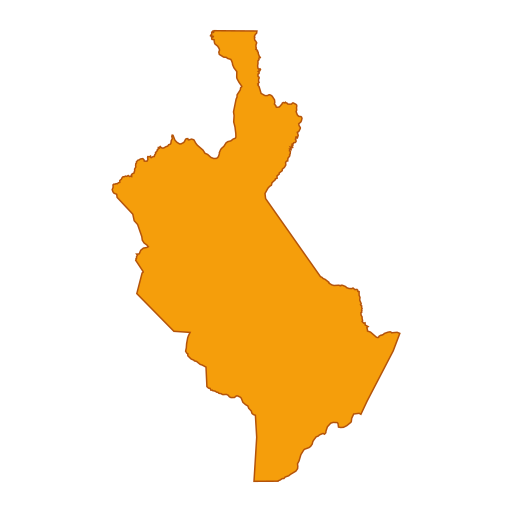 Chibabava, Sofala, Mozambique (Robinson projection)
{"feature_id": "85939544B25886081823580", "entity_name": "Chibabava", "entity_type": "district", "adm_level": 2, "iso_a3": "MOZ", "parent_name": "Mozambique", "parent_adm1": "Sofala", "projection": "robinson", "projection_center": [33.963, -20.299], "detail": "fine", "context": "isolated", "style": "filled", "palette": "amber", "viewbox_px": 512, "rotation_deg": 0, "n_neighbors": 0, "source": "geoboundaries", "source_scale": "gbopen_adm2", "svg_char_len": 6030}
<svg xmlns="http://www.w3.org/2000/svg" viewBox="0 0 512 512"><path d="M256.9,31.0L213.9,30.7L213.6,31.1L213.8,31.8L213.5,32.4L212.9,32.2L212.5,31.4L211.7,32.3L211.7,34.2L210.5,35.5L210.5,35.9L211.2,36.2L212.0,36.0L213.3,36.4L213.1,36.9L211.6,37.6L211.8,39.1L212.0,39.4L214.0,39.7L214.5,42.9L215.0,44.0L217.7,46.2L219.3,48.9L219.5,50.3L218.8,52.1L219.3,54.4L223.6,57.1L226.4,57.4L227.5,58.4L230.8,59.4L231.7,61.1L232.4,63.1L232.6,64.7L234.0,67.9L236.8,71.6L236.7,77.2L237.0,78.6L239.0,82.3L241.8,86.3L241.6,86.9L240.6,87.8L240.3,89.9L237.1,94.8L237.0,97.1L236.1,99.1L233.5,111.9L234.1,115.6L233.7,121.9L235.0,127.1L235.8,133.6L235.9,137.1L235.4,138.2L233.1,139.1L230.8,140.9L227.9,141.6L226.1,142.8L223.9,146.3L221.4,148.5L220.6,149.7L219.3,152.7L219.4,153.7L218.4,156.5L217.6,157.6L216.4,158.4L213.7,158.5L210.9,157.4L207.6,154.4L205.0,153.3L203.0,150.1L197.3,145.2L195.7,143.1L194.0,140.0L193.5,139.7L191.6,139.1L188.8,139.9L188.3,139.8L187.8,138.6L186.5,138.7L185.6,139.2L184.4,141.7L183.5,142.6L181.0,143.9L179.5,143.9L176.8,142.2L174.9,140.1L173.0,135.3L172.2,135.1L171.8,136.3L172.3,138.7L171.3,140.5L170.8,143.6L170.3,144.2L168.7,144.7L167.6,146.2L166.1,146.6L163.7,148.0L162.2,148.1L160.5,147.0L160.3,146.5L160.0,146.6L159.6,148.2L158.9,148.3L158.7,147.5L158.3,147.5L158.2,149.1L157.2,150.0L157.4,150.4L157.2,150.8L155.5,152.6L155.7,153.6L154.8,154.7L154.3,156.5L153.4,156.5L151.1,157.7L150.8,157.5L150.5,156.1L149.5,156.7L147.8,156.6L147.6,157.7L147.9,159.5L147.0,161.2L144.3,161.1L144.0,159.8L142.8,158.6L140.4,159.0L138.9,160.0L137.9,160.2L136.4,161.9L136.5,163.0L135.8,163.7L135.6,165.8L135.8,167.0L134.6,169.1L134.7,170.9L134.3,171.5L134.1,172.9L132.3,173.8L131.5,174.6L131.4,175.2L131.8,175.9L131.7,176.6L130.5,176.2L129.5,176.5L128.2,175.5L126.8,176.4L125.5,176.1L124.1,176.8L123.1,176.7L122.2,177.5L121.3,179.3L119.8,180.5L119.8,182.4L118.3,182.8L117.4,183.7L115.9,183.7L115.1,184.2L113.9,184.1L113.0,184.9L113.1,187.3L112.2,189.7L113.0,191.9L114.0,193.2L116.7,194.3L117.1,197.4L132.8,214.2L134.2,220.7L137.6,224.5L141.8,236.6L142.3,240.2L144.1,243.0L146.9,245.0L148.3,246.7L146.8,247.5L143.4,248.1L140.7,250.3L139.3,253.7L138.6,254.0L136.6,254.1L137.4,255.1L136.5,256.8L136.6,258.1L136.0,258.6L136.1,259.3L135.7,260.3L143.1,271.5L143.2,272.1L142.1,273.0L136.8,293.6L173.9,331.3L190.1,332.4L188.4,335.8L187.7,337.8L186.6,343.7L186.3,347.9L185.6,351.2L186.7,353.1L187.9,353.9L187.7,354.9L188.0,356.0L191.1,359.0L193.9,360.2L194.4,360.9L196.5,361.4L200.2,364.4L202.1,365.0L206.0,367.1L206.9,386.6L208.5,388.1L210.1,388.4L210.8,390.1L212.4,390.2L212.6,390.6L215.2,391.2L216.7,392.2L218.1,392.4L218.9,393.3L221.3,393.7L222.2,394.4L223.1,394.6L226.4,394.4L228.1,395.2L229.4,396.8L231.0,397.6L234.4,397.5L236.4,395.9L237.6,395.9L240.5,397.3L241.3,398.3L242.9,402.3L245.5,404.6L247.9,406.0L248.7,408.3L251.2,410.9L251.9,413.2L252.3,413.7L253.5,414.6L255.4,415.3L256.7,437.3L254.0,481.3L278.1,481.2L278.3,480.7L280.0,480.1L282.2,478.6L283.9,478.5L285.2,477.0L288.7,475.8L290.4,474.4L295.9,471.1L297.6,468.6L297.8,466.3L297.5,463.8L299.0,461.0L300.9,454.6L303.6,450.2L304.4,449.3L309.0,447.6L310.6,446.4L312.2,444.1L312.8,441.6L313.9,439.8L316.2,436.8L318.2,436.1L319.5,434.9L322.5,433.6L323.4,433.5L324.3,434.2L324.9,433.8L325.8,432.7L326.0,431.0L327.4,426.8L330.7,423.2L333.2,422.4L337.3,422.6L338.0,423.5L338.5,427.1L340.7,427.5L343.5,427.3L346.7,425.7L350.9,422.3L351.3,421.6L351.7,418.3L353.7,414.0L359.1,413.3L360.9,414.3L367.2,400.9L393.2,350.9L399.8,333.4L397.1,332.3L391.6,332.8L391.1,332.2L390.2,331.8L387.9,332.2L384.2,333.5L383.5,334.4L382.0,334.9L381.8,335.3L380.8,335.2L379.0,336.3L378.6,337.3L378.0,337.6L376.5,337.3L370.5,332.1L367.5,331.0L367.3,329.0L366.8,327.8L367.0,327.4L368.1,326.6L365.2,325.0L365.0,322.8L363.8,323.2L362.1,321.5L362.6,320.6L362.1,318.4L362.1,316.9L361.1,315.2L360.9,312.8L361.8,312.1L361.5,310.9L361.9,310.5L361.6,309.5L362.1,308.5L361.6,307.5L361.7,305.9L361.0,305.5L360.5,304.6L361.2,303.9L361.1,303.4L359.7,300.1L360.0,297.4L359.1,295.3L359.1,291.6L357.9,291.4L357.7,290.2L356.9,289.4L354.9,289.6L353.0,288.0L351.8,288.6L349.0,288.5L346.5,287.6L345.7,286.6L342.5,285.3L341.1,285.2L340.8,285.8L340.1,285.8L339.0,285.2L334.0,285.5L331.8,284.9L329.2,283.3L328.7,282.7L328.9,282.3L325.2,279.4L323.1,278.5L321.9,277.3L320.5,276.7L265.6,198.6L265.0,193.5L268.0,188.1L269.7,186.3L271.4,185.2L272.0,182.7L275.2,179.8L275.4,178.8L277.1,178.3L277.0,175.9L279.2,174.1L279.2,173.0L282.2,170.7L282.3,169.2L284.4,167.4L285.8,165.0L285.6,162.4L286.7,161.0L287.7,161.0L287.9,158.3L289.6,156.1L289.8,155.5L289.6,154.5L290.2,153.9L290.4,151.4L289.5,150.8L290.1,149.9L289.5,149.0L290.3,148.7L291.1,149.3L291.0,148.4L290.4,147.3L291.5,147.8L292.7,147.5L292.6,147.0L291.4,146.7L291.5,146.0L292.8,145.3L292.0,144.2L292.8,143.8L293.1,144.0L293.8,142.7L295.2,142.5L296.0,141.6L296.1,140.9L295.4,139.2L296.0,138.8L295.8,137.1L296.4,136.9L297.4,137.8L298.2,135.3L297.3,132.3L298.7,131.6L300.3,128.5L300.3,127.5L299.1,125.7L298.7,123.8L300.8,122.0L301.4,120.8L302.0,118.4L301.6,117.2L301.0,116.6L298.7,116.3L297.3,114.8L296.1,111.6L296.7,110.1L296.5,107.7L296.8,105.9L296.6,105.0L295.9,104.3L293.2,102.9L292.5,103.0L291.5,104.1L288.9,104.2L287.5,103.9L286.9,103.0L286.1,102.9L285.4,102.2L284.6,102.9L283.3,102.5L282.3,103.1L282.1,103.8L279.8,106.5L279.0,107.1L276.7,107.3L276.1,106.9L275.9,105.8L274.4,104.0L274.8,102.4L274.5,99.8L272.2,96.2L270.7,95.1L269.2,94.7L267.3,95.6L265.0,95.6L261.1,93.4L259.1,86.7L258.0,85.2L258.3,84.4L257.8,83.9L259.1,82.4L258.5,81.1L258.7,78.9L259.2,78.0L259.0,77.1L258.1,76.5L258.0,76.1L258.0,74.1L259.0,73.5L259.1,73.0L259.1,72.1L258.2,71.4L259.0,70.8L259.8,70.8L260.5,69.4L260.0,68.8L258.8,69.2L258.0,68.4L257.6,65.9L258.0,63.3L257.9,60.9L259.0,59.7L258.9,58.6L259.2,57.9L259.3,57.7L260.0,57.8L260.3,57.4L259.3,56.3L258.3,53.7L258.2,52.2L257.3,51.2L257.5,50.6L256.7,49.7L255.9,49.4L256.3,48.0L255.9,47.0L256.0,44.7L256.7,42.9L255.8,41.2L254.8,40.2L254.4,37.9L254.8,37.3L254.4,36.3L255.3,34.4L256.6,33.2L256.9,31.0Z" fill="#f59e0b" stroke="#b45309" stroke-width="1.5"/></svg>